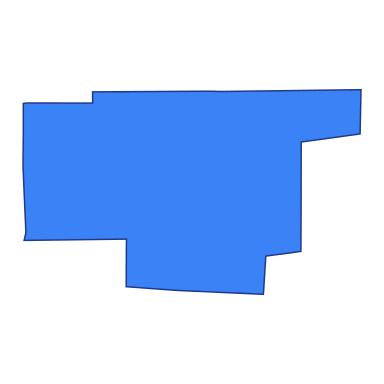 Marion, Ohio, United States of America
{"feature_id": "52423323B93885037654379", "entity_name": "Marion", "entity_type": "district", "adm_level": 2, "iso_a3": "USA", "parent_name": "United States of America", "parent_adm1": "Ohio", "projection": "natural_earth1", "projection_center": [-83.169, 40.569], "detail": "fine", "context": "isolated", "style": "filled", "palette": "blue", "viewbox_px": 384, "rotation_deg": 0, "n_neighbors": 0, "source": "geoboundaries", "source_scale": "gbopen_adm2", "svg_char_len": 383}
<svg xmlns="http://www.w3.org/2000/svg" viewBox="0 0 384 384"><path d="M361.0,89.7L221.3,91.5L208.8,91.2L92.6,91.9L92.6,103.1L26.9,103.0L23.3,103.4L23.3,136.0L23.0,166.5L25.9,232.7L24.1,240.4L126.5,239.1L126.4,243.6L126.2,286.7L176.5,290.4L263.4,294.3L265.8,256.1L300.9,251.4L301.1,200.6L301.2,142.0L360.1,133.9L361.0,89.7Z" fill="#3b82f6" stroke="#1e3a8a" stroke-width="1.5"/></svg>